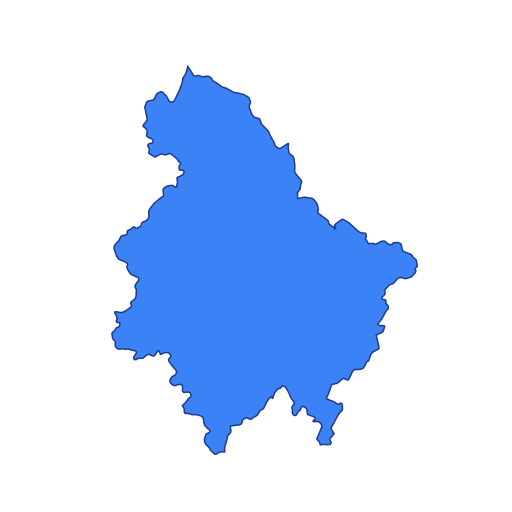 Trung Khanh, Cao Bằng, Vietnam (Mercator projection), rotated 259°
{"feature_id": "81297802B42277751936117", "entity_name": "Trung Khanh", "entity_type": "district", "adm_level": 2, "iso_a3": "VNM", "parent_name": "Vietnam", "parent_adm1": "Cao Bằng", "projection": "mercator", "projection_center": [106.547, 22.825], "detail": "fine", "context": "isolated", "style": "filled", "palette": "blue", "viewbox_px": 512, "rotation_deg": 259, "n_neighbors": 0, "source": "geoboundaries", "source_scale": "gbopen_adm2", "svg_char_len": 6082}
<svg xmlns="http://www.w3.org/2000/svg" viewBox="0 0 512 512"><g transform="rotate(259 256 256)"><path d="M455.1,225.3L449.2,222.3L446.9,220.7L444.9,218.4L439.7,216.3L433.3,212.5L424.2,205.6L423.3,204.4L423.2,201.9L424.6,200.3L430.5,198.4L432.1,197.0L434.2,196.0L435.4,194.1L434.6,190.4L432.5,188.1L430.7,187.2L428.8,184.9L428.7,180.1L428.3,178.3L423.4,175.2L411.3,175.4L408.9,174.1L407.4,171.8L405.6,170.1L404.8,169.9L402.1,172.2L400.8,172.7L398.8,173.0L395.5,171.6L394.7,171.6L392.8,173.1L390.8,176.1L389.8,176.8L388.7,177.0L387.0,176.4L386.7,175.2L386.8,173.3L386.3,171.9L385.5,170.9L384.4,170.8L382.4,171.7L380.0,171.4L377.6,170.4L375.8,171.8L372.4,175.8L374.1,181.1L374.1,183.1L372.8,185.5L372.6,186.6L372.6,188.1L373.1,190.0L373.0,191.1L372.3,192.1L366.3,197.1L363.9,197.7L362.2,199.6L361.3,199.7L360.0,198.5L358.0,197.4L355.7,197.2L354.8,197.8L354.1,200.6L352.4,201.7L350.0,200.0L348.6,196.0L348.3,194.1L347.7,193.3L343.3,193.0L339.6,191.4L339.0,190.6L339.0,189.8L341.2,187.7L341.6,185.4L341.5,182.1L340.9,179.8L340.0,178.3L339.2,177.5L333.2,176.8L332.3,176.4L331.3,173.5L327.1,166.0L322.9,161.1L321.2,159.7L319.6,159.1L314.5,158.3L313.6,157.7L311.4,154.8L310.9,150.9L309.7,149.9L307.4,148.6L306.0,145.1L306.3,143.1L307.8,142.1L307.9,140.9L306.1,138.1L305.5,135.1L304.7,134.3L302.9,134.0L302.0,133.3L301.5,132.4L301.5,128.8L301.0,127.2L297.1,124.2L294.5,120.3L292.1,118.4L290.0,118.1L281.8,119.3L279.2,120.7L277.9,122.1L276.4,124.8L273.4,128.3L272.1,128.5L270.0,127.1L267.3,127.4L263.1,129.0L261.9,129.7L257.1,136.3L256.0,136.6L254.9,136.4L251.9,133.1L249.4,131.3L245.6,132.1L239.1,130.5L236.6,128.6L235.0,125.0L234.1,124.2L233.3,123.9L230.9,124.5L230.0,123.7L228.2,120.5L226.2,115.1L226.4,112.1L228.1,107.6L228.0,106.7L227.0,106.5L224.3,107.4L221.5,107.7L220.4,107.5L219.2,106.6L217.6,106.5L216.4,109.3L215.6,109.6L213.4,108.6L212.6,107.7L212.1,105.1L209.8,103.2L208.6,100.8L207.6,99.8L202.9,99.5L201.6,99.8L199.8,101.2L198.8,101.5L194.1,100.6L192.1,101.7L190.8,103.2L190.3,107.5L189.3,110.1L189.1,112.8L187.0,116.6L186.0,119.3L185.1,120.2L183.9,120.3L179.9,116.5L178.6,116.4L177.6,116.9L177.2,117.8L177.2,119.1L178.0,120.4L177.3,125.6L179.9,130.4L179.6,133.1L178.5,134.0L177.5,135.7L177.5,136.9L177.7,137.5L181.6,141.5L181.6,142.3L181.3,142.7L177.8,143.4L177.6,144.2L178.5,147.5L178.4,149.7L177.8,151.2L176.5,152.7L174.1,153.3L173.1,152.8L171.7,150.9L170.6,150.3L168.8,150.6L164.4,152.6L159.3,155.6L156.9,155.8L155.8,155.2L154.4,153.7L153.7,150.8L151.9,148.8L150.2,147.7L147.8,147.7L145.5,149.4L144.2,151.2L144.6,156.7L143.7,158.6L142.0,159.0L137.5,158.1L136.7,158.5L135.9,159.1L135.4,163.3L134.8,164.7L134.0,165.5L131.0,165.5L130.1,164.9L128.8,162.3L125.5,158.8L123.3,155.3L122.4,155.3L120.4,156.4L116.0,155.8L114.8,156.7L114.7,158.3L113.9,160.4L112.3,163.3L112.1,165.4L110.9,169.0L109.5,171.4L108.0,172.9L106.0,173.3L101.2,173.1L99.5,173.4L96.7,175.1L93.8,177.3L93.2,177.4L92.5,177.2L91.6,176.2L90.9,173.4L89.3,172.1L85.9,170.4L83.7,170.1L80.5,170.9L77.0,173.4L74.3,174.2L69.6,177.4L69.1,178.2L69.1,179.1L70.5,183.0L69.7,188.0L73.3,188.5L75.4,189.3L78.3,191.0L85.1,194.0L86.8,196.6L88.0,197.6L89.3,198.1L93.8,198.2L93.9,200.4L93.4,207.5L93.8,209.2L95.1,210.5L97.6,211.5L98.9,214.3L98.9,216.0L96.9,219.1L96.7,220.2L98.0,222.6L99.3,226.6L103.2,230.3L103.9,231.6L104.6,234.1L111.2,239.2L113.3,241.3L114.8,244.0L114.6,244.7L113.2,244.9L113.2,245.3L117.5,247.7L119.2,249.3L121.0,251.8L121.7,253.5L121.7,254.9L123.6,257.1L123.5,257.6L121.7,260.0L114.8,262.3L110.5,263.0L104.5,265.8L100.7,262.4L97.6,262.3L95.0,261.7L93.1,262.3L92.3,263.0L91.9,264.6L92.8,265.8L94.7,267.2L96.1,269.8L99.1,271.9L99.6,272.9L98.0,275.3L96.2,276.6L90.6,276.4L86.9,282.5L85.8,283.0L85.0,283.0L84.0,282.5L83.6,280.9L83.1,280.5L82.5,280.7L81.7,285.3L80.7,286.6L77.9,288.2L76.2,288.2L69.5,284.0L65.0,280.7L63.1,281.5L61.6,282.8L58.4,283.1L58.1,286.8L57.2,289.8L56.9,292.8L58.6,294.2L62.0,293.4L62.9,293.8L63.7,295.3L66.7,298.8L70.9,297.1L71.8,296.9L73.4,297.3L84.8,306.8L88.6,311.6L93.9,312.4L95.2,311.8L95.5,311.3L95.3,310.1L94.9,309.4L95.2,307.5L97.9,305.0L102.2,298.1L103.1,298.1L107.7,301.3L115.0,305.6L115.5,306.7L115.5,310.8L116.2,312.9L119.0,317.4L119.1,318.3L116.7,322.6L116.8,323.2L124.0,328.5L125.2,329.9L125.6,331.4L124.9,336.4L125.0,338.6L125.4,339.7L127.8,342.2L131.0,344.5L131.6,346.6L134.7,348.2L138.2,350.7L139.4,352.4L141.4,358.6L142.4,359.2L143.9,359.3L155.2,358.9L155.8,360.2L157.0,365.1L157.7,366.4L162.2,368.9L163.1,368.5L164.5,363.3L166.0,362.5L169.9,367.2L177.2,373.2L178.9,375.6L180.5,376.1L182.3,376.0L184.5,374.5L187.4,374.9L188.3,374.6L189.4,372.0L190.4,371.6L191.4,371.7L192.1,372.3L192.5,373.7L194.0,375.4L198.0,375.9L198.6,376.3L202.1,381.4L202.6,383.1L202.7,385.4L207.0,391.0L207.3,392.9L207.1,395.0L205.7,397.1L205.2,399.0L205.9,404.7L208.9,408.8L210.5,410.0L213.5,409.9L215.0,412.3L215.8,412.5L221.3,412.5L222.1,412.2L224.3,410.1L227.1,409.2L228.1,408.3L232.3,401.8L233.2,400.9L239.7,400.7L240.5,400.4L241.9,398.2L242.4,397.1L242.7,393.9L242.4,392.9L241.3,391.4L241.4,390.4L242.6,388.0L245.8,385.4L246.4,384.0L246.5,381.6L244.8,376.1L244.9,375.2L246.1,373.3L246.5,369.7L246.9,368.6L252.6,366.7L253.5,367.8L254.6,368.2L257.4,367.9L258.5,364.1L259.5,362.3L261.3,360.6L270.7,353.7L275.5,348.3L275.3,346.9L274.4,344.7L271.8,339.5L270.3,338.7L268.6,339.7L267.5,339.2L267.5,338.4L269.2,337.7L273.5,333.8L277.0,333.5L286.5,324.8L290.4,326.1L293.6,326.1L296.4,325.6L300.9,323.2L302.0,321.9L304.5,314.7L304.4,307.9L310.1,308.7L313.3,312.1L317.8,313.6L320.5,315.1L322.0,314.6L330.7,309.9L337.7,311.4L343.4,311.8L346.7,311.4L350.5,308.0L356.8,308.3L359.9,309.4L360.3,309.1L359.7,307.2L358.1,303.5L357.1,300.7L357.1,299.7L357.8,298.1L360.4,295.9L364.1,295.4L371.7,292.9L376.0,292.0L383.8,287.0L385.3,286.4L389.4,285.8L390.4,285.1L392.3,281.1L393.8,279.9L395.8,279.0L403.9,277.6L407.5,279.8L408.6,280.1L412.6,279.2L413.8,278.3L416.8,274.8L420.1,267.8L420.7,265.5L426.4,258.8L428.2,255.2L434.4,249.4L436.2,247.0L439.0,246.2L440.9,244.6L441.8,242.6L442.1,237.6L444.1,234.2L444.4,233.0L444.1,230.6L444.6,229.4L455.1,225.3Z" fill="#3b82f6" stroke="#1e3a8a" stroke-width="1.5"/></g></svg>